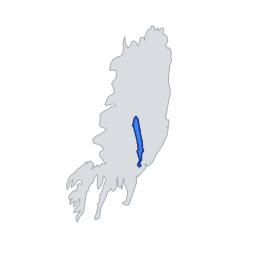 Skeiða- og Gnúpverjahreppur, Suðurland, Iceland shown in context, rotated 291°
{"feature_id": "244011B10209439874100", "entity_name": "Skeiða- og Gnúpverjahreppur", "entity_type": "district", "adm_level": 2, "iso_a3": "ISL", "parent_name": "Iceland", "parent_adm1": "Suðurland", "projection": "natural_earth1", "projection_center": [-19.543, 64.398], "detail": "fine", "context": "in_parent", "style": "filled", "palette": "blue", "viewbox_px": 256, "rotation_deg": 291, "n_neighbors": 0, "source": "geoboundaries", "source_scale": "gbopen_adm2", "svg_char_len": 7365}
<svg xmlns="http://www.w3.org/2000/svg" viewBox="0 0 256 256"><g transform="rotate(291 128 128)"><path d="M194.5,96.2L196.7,96.3L200.2,95.5L205.4,93.0L207.5,92.4L212.5,92.4L206.5,94.8L204.4,97.5L202.7,98.8L202.7,99.4L207.1,101.0L209.1,100.4L210.0,100.6L210.9,101.4L211.5,102.9L211.1,104.5L210.0,106.0L208.3,107.4L208.6,107.8L209.9,108.0L216.9,107.2L217.8,109.1L218.5,109.8L218.3,110.4L215.5,112.5L218.8,111.2L221.4,110.8L225.9,111.5L227.8,112.2L228.9,113.5L231.1,113.1L232.1,113.9L232.2,114.7L231.3,116.9L228.7,118.0L230.3,119.6L231.7,119.6L231.9,120.0L231.8,120.9L229.8,122.1L233.2,123.3L233.7,123.8L233.5,125.2L233.0,126.0L232.0,126.5L229.5,126.5L228.1,127.1L228.6,127.9L228.2,130.3L226.3,132.3L224.6,133.4L222.8,134.0L218.0,133.3L218.2,135.0L216.5,136.0L216.8,136.9L217.5,137.3L217.2,138.5L215.0,140.8L213.5,141.5L210.4,142.5L205.9,144.6L201.3,144.5L190.1,147.6L185.7,149.2L177.9,154.2L174.5,155.4L168.8,156.1L151.5,159.3L149.6,161.2L149.5,161.7L150.3,162.4L149.0,163.8L146.4,164.8L145.2,164.8L143.0,163.9L142.7,164.3L143.6,165.4L135.1,167.1L123.4,166.2L113.0,163.8L104.8,163.3L99.0,160.0L98.8,159.4L99.5,158.4L101.6,158.0L100.6,157.0L97.1,158.7L95.9,158.7L94.4,158.0L94.4,157.3L91.5,157.0L86.4,154.9L86.1,154.4L87.3,153.7L87.0,153.6L84.3,153.7L80.3,155.6L56.7,156.4L55.9,155.4L55.0,151.6L55.9,149.9L56.9,150.1L59.6,152.3L65.9,151.1L68.5,150.2L70.9,148.2L72.3,147.5L74.2,144.9L76.2,143.2L80.2,142.5L76.6,142.0L70.6,144.1L68.6,144.1L69.6,143.2L71.6,142.2L70.2,142.1L69.7,141.6L69.7,140.6L70.7,139.1L77.8,136.3L76.1,135.7L71.3,137.9L67.7,138.6L64.8,137.6L63.5,136.3L63.6,135.7L65.3,134.1L65.0,133.7L63.9,133.6L60.8,132.0L55.9,132.2L43.7,131.3L34.5,133.4L32.3,132.4L30.5,130.3L30.9,129.5L32.6,129.0L37.0,129.1L43.7,128.1L46.7,126.8L47.9,127.1L48.4,127.7L52.5,126.8L54.7,125.7L58.3,126.2L72.1,125.7L73.9,124.2L74.6,122.5L74.3,122.2L69.2,123.7L68.1,123.7L62.3,122.9L60.2,121.9L60.9,121.2L64.0,119.6L71.9,116.9L73.0,116.3L73.2,115.7L70.1,114.5L64.1,114.8L62.6,113.5L57.8,112.7L54.5,113.2L52.8,112.4L33.4,116.7L27.2,114.7L22.7,114.4L22.3,113.7L25.0,111.8L26.8,111.5L28.6,111.7L32.0,113.0L34.3,113.4L31.4,111.5L31.3,109.6L30.4,109.1L29.5,107.9L29.9,107.5L33.5,107.7L39.1,109.9L41.8,109.5L45.5,108.1L37.4,107.4L35.0,105.7L36.8,104.8L40.9,104.9L36.4,102.0L36.2,101.5L37.0,100.2L42.8,101.3L39.8,99.6L39.7,99.2L40.6,98.9L41.1,97.8L42.5,97.4L45.5,97.8L50.0,99.8L50.6,100.3L50.7,102.4L52.5,102.0L54.7,102.3L56.5,100.9L57.7,101.3L58.6,102.5L58.4,105.2L59.7,104.3L61.8,104.2L62.2,102.0L61.8,100.2L54.9,98.1L52.2,96.6L52.6,96.1L53.9,95.7L61.2,95.3L58.1,94.4L57.3,93.5L51.8,93.9L49.1,93.5L49.0,93.0L50.1,92.4L53.5,91.0L59.8,90.9L62.4,91.2L67.2,94.3L71.1,95.5L77.6,99.7L81.8,101.3L82.0,101.7L81.3,102.2L79.7,102.7L82.1,103.4L83.6,104.5L83.7,105.0L82.3,108.3L80.7,109.4L76.8,108.8L77.8,109.9L80.5,111.0L81.1,111.6L80.7,112.3L82.0,112.1L82.5,112.4L81.8,114.3L81.1,115.0L83.4,115.4L85.0,116.3L86.9,120.2L88.0,117.2L88.6,116.2L89.5,115.8L90.7,112.7L93.3,111.0L95.7,110.3L98.2,112.4L100.0,112.6L102.0,108.9L102.2,106.2L101.6,103.2L102.0,101.1L103.2,99.8L104.9,99.4L108.4,100.7L111.3,103.6L115.6,106.9L118.7,107.7L119.2,107.6L119.7,106.5L119.3,102.3L120.7,100.0L124.3,99.5L129.8,97.4L131.0,97.3L133.7,98.5L138.6,102.8L142.0,104.8L143.9,107.9L144.7,108.5L145.4,107.5L145.5,106.1L141.2,99.6L141.2,98.7L141.6,98.0L149.1,98.3L150.8,99.1L156.0,102.8L158.5,101.3L163.6,96.9L165.3,97.0L169.6,98.8L171.4,98.6L176.4,97.0L177.4,95.0L175.2,90.8L176.1,90.0L180.7,88.9L185.8,89.1L191.1,93.0L191.4,94.8L194.5,96.2Z" fill="#d9dde1" stroke="#a8b0b8" stroke-width="1"/><path d="M131.9,131.6L132.3,132.0L126.9,135.8L120.2,140.6L120.0,140.9L119.9,141.0L119.7,141.1L119.2,141.3L118.8,141.3L118.6,141.4L118.5,141.5L118.3,141.6L118.1,141.7L118.1,141.8L117.9,141.9L117.7,142.0L117.1,142.3L117.0,142.5L116.8,142.8L116.6,142.9L116.5,143.0L116.4,143.0L116.1,143.2L116.0,143.4L116.0,143.5L115.7,143.7L115.4,143.7L115.0,143.7L114.8,143.6L114.7,143.7L114.5,143.8L114.4,144.0L114.2,144.1L113.8,144.1L113.7,144.1L113.4,144.2L113.4,144.3L113.3,144.5L113.2,144.6L113.0,144.8L112.8,145.0L112.6,145.2L112.5,145.3L112.4,145.4L112.2,145.4L111.9,145.5L111.7,145.4L111.6,145.5L111.4,145.6L111.2,145.6L110.9,145.4L110.9,145.2L110.7,145.1L110.7,144.9L110.5,144.7L110.0,144.8L109.9,144.8L109.5,145.0L109.3,145.0L109.1,145.1L108.9,145.3L108.7,145.4L108.6,145.5L108.4,145.6L108.2,145.9L107.9,146.1L107.6,146.4L107.6,146.5L107.4,146.8L107.5,146.8L107.4,146.9L107.1,146.9L106.9,147.0L106.7,147.1L106.4,147.2L106.3,147.3L106.2,147.5L105.9,147.6L105.6,147.8L105.3,147.9L105.2,148.1L104.9,148.4L104.8,148.5L104.6,148.6L104.4,148.7L104.3,148.8L104.2,148.9L103.9,149.1L103.8,149.3L103.7,149.4L103.4,149.5L103.3,149.8L103.1,150.0L102.8,150.3L102.7,150.4L102.3,150.4L102.0,150.7L101.8,150.6L101.6,150.6L101.2,150.6L100.9,150.5L100.7,150.5L100.7,150.4L100.4,150.4L100.0,150.4L99.9,150.3L99.8,150.2L99.6,150.2L98.7,150.2L98.5,150.3L97.7,150.1L97.4,150.0L97.0,150.3L97.1,150.6L96.5,151.0L96.4,151.2L96.3,151.4L96.1,151.4L96.2,151.8L96.0,152.0L96.1,152.3L95.9,152.6L96.2,152.9L96.3,153.0L96.7,153.1L97.0,153.5L97.4,153.5L97.5,153.4L98.2,153.0L98.4,152.9L98.5,152.7L98.6,152.2L98.8,151.9L99.0,151.8L99.4,151.6L99.7,151.5L100.7,151.5L100.8,151.6L101.0,151.6L101.4,151.5L101.8,151.5L101.7,151.6L102.1,151.8L102.3,152.0L102.6,152.1L103.2,152.0L103.4,151.7L103.6,151.6L103.8,151.5L104.3,151.6L104.6,151.4L104.9,151.2L105.0,151.2L105.3,151.2L105.5,151.0L105.8,150.9L106.2,150.7L106.4,150.7L106.6,150.7L106.9,150.6L107.0,150.5L107.5,150.6L107.8,150.5L108.0,150.3L108.1,150.2L108.3,150.1L108.6,150.0L109.0,149.9L109.3,149.7L109.5,149.7L109.8,149.7L109.9,149.8L110.0,149.8L110.4,150.0L110.8,149.9L111.1,149.9L111.3,150.0L111.5,150.1L111.4,150.2L111.3,150.3L111.3,150.5L111.2,150.5L111.3,150.6L111.8,150.6L112.0,150.5L112.5,150.5L112.9,150.3L113.1,150.3L113.2,150.2L113.3,149.8L113.7,149.4L113.8,149.3L113.9,149.1L114.2,148.9L114.5,148.6L115.5,148.2L116.2,148.0L116.8,147.7L117.2,147.6L117.3,147.5L117.3,147.4L117.2,147.2L117.3,147.1L118.0,147.0L118.3,146.9L118.5,146.9L119.0,146.7L119.7,146.4L120.8,146.0L121.2,145.7L121.7,145.4L121.8,145.2L122.0,144.9L122.0,144.7L122.5,144.3L122.5,144.2L122.9,144.0L123.4,143.9L123.6,143.8L124.2,143.6L124.4,143.5L124.6,143.5L125.0,143.2L125.5,142.8L125.8,142.6L126.0,142.3L126.0,142.2L126.4,141.9L126.7,141.6L127.0,141.5L127.3,141.5L127.6,141.4L127.9,141.2L128.1,141.1L128.4,140.8L128.5,140.7L129.1,140.5L129.4,140.4L129.8,140.3L130.1,140.3L130.4,140.1L130.6,139.8L130.9,139.6L130.8,139.4L130.7,139.4L130.6,139.1L130.9,138.9L131.0,138.8L131.5,138.9L131.8,138.7L132.2,138.7L132.5,138.4L132.7,138.2L133.0,138.1L133.3,137.9L133.6,137.6L133.8,137.6L134.2,137.6L134.3,137.5L134.4,137.2L134.7,137.1L135.0,137.0L135.3,136.9L135.5,136.9L135.6,136.7L135.9,136.5L136.1,136.3L136.3,136.1L136.4,135.9L136.7,135.8L136.9,135.8L137.0,135.8L137.1,135.7L137.5,135.4L138.2,135.2L138.4,135.1L138.5,135.0L139.1,134.7L139.1,134.4L139.3,134.4L139.5,134.4L139.6,134.2L139.8,133.9L139.8,133.7L140.0,133.5L140.0,133.4L140.0,133.2L140.2,132.9L140.4,132.9L140.4,132.7L140.5,132.7L140.8,132.5L140.9,132.4L140.9,132.2L141.0,132.0L140.9,132.0L141.2,131.9L141.3,131.7L141.5,131.7L141.5,131.4L141.4,131.3L141.4,131.1L141.2,131.0L141.0,130.9L140.9,130.9L140.6,130.9L140.4,130.8L140.2,130.8L140.1,130.7L139.9,130.7L139.5,130.7L139.4,130.7L139.2,130.6L138.9,130.6L138.0,130.6L131.9,131.6Z" fill="#3b82f6" stroke="#1e3a8a" stroke-width="1.5"/></g></svg>